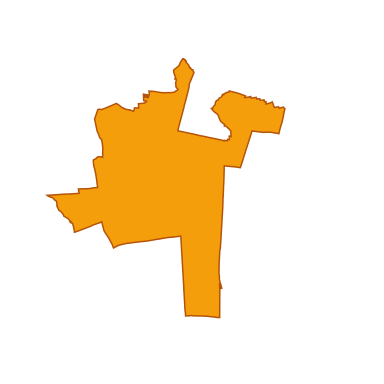 outline of Nopaltepec, México, Mexico, rotated 327°
{"feature_id": "50627088B29090320991668", "entity_name": "Nopaltepec", "entity_type": "district", "adm_level": 2, "iso_a3": "MEX", "parent_name": "Mexico", "parent_adm1": "México", "projection": "orthographic", "projection_center": [-98.709, 19.801], "detail": "fine", "context": "isolated", "style": "filled", "palette": "amber", "viewbox_px": 384, "rotation_deg": 327, "n_neighbors": 0, "source": "geoboundaries", "source_scale": "gbopen_adm2", "svg_char_len": 5881}
<svg xmlns="http://www.w3.org/2000/svg" viewBox="0 0 384 384"><g transform="rotate(327 192 192)"><path d="M279.3,128.6L278.3,127.5L277.6,128.3L277.3,128.2L276.9,128.0L276.4,127.9L275.8,127.5L275.4,127.6L275.0,127.5L274.5,127.4L274.1,127.2L273.3,127.2L272.7,127.1L272.2,127.2L271.9,127.5L271.6,127.8L271.4,127.8L271.2,127.6L271.2,127.4L271.1,127.0L270.9,127.0L270.5,126.9L270.0,127.2L269.7,127.4L269.4,127.8L269.1,128.0L268.7,128.2L268.1,128.3L267.7,128.3L267.1,128.2L266.6,128.1L266.0,128.1L265.6,128.2L264.9,128.7L264.3,128.9L263.8,129.0L263.2,128.9L262.7,128.7L262.3,128.7L261.7,128.9L261.4,129.1L261.0,129.4L260.6,129.6L259.9,130.2L259.3,130.9L259.0,131.1L258.5,131.5L257.4,131.8L256.8,131.9L256.3,132.0L256.0,132.3L255.7,132.6L255.4,132.8L255.0,132.9L254.6,132.9L254.2,132.5L253.7,132.5L253.8,133.1L254.0,135.1L254.5,137.5L255.2,139.1L255.7,140.7L255.6,142.1L255.5,143.0L255.1,144.6L254.9,145.8L254.6,147.5L254.6,148.6L255.0,150.1L255.9,152.6L256.1,152.8L255.1,154.3L256.1,154.6L256.7,156.6L257.5,160.0L257.8,161.8L256.8,163.6L255.1,166.5L255.0,166.8L253.7,165.4L251.8,168.4L250.5,167.2L249.5,168.3L247.5,166.6L247.4,166.4L246.9,166.7L246.3,166.3L246.2,165.6L245.6,165.1L239.1,158.6L234.5,154.1L232.1,151.6L228.9,148.6L227.2,146.7L226.0,145.5L224.7,144.2L223.5,142.9L222.2,141.7L213.5,133.0L213.9,132.4L219.7,127.1L227.5,120.1L230.6,117.3L232.6,115.3L236.9,111.5L238.0,110.5L241.2,107.5L241.5,107.3L246.4,102.7L247.4,101.4L248.3,100.3L249.1,99.6L249.5,99.3L256.6,94.4L258.9,92.7L258.8,92.3L258.7,91.7L259.3,89.9L258.2,89.0L258.4,86.9L257.9,86.6L257.7,86.5L257.9,85.9L258.1,84.6L258.3,83.6L258.2,82.8L258.0,81.8L257.7,79.7L258.5,79.1L258.0,78.4L257.8,78.1L257.7,77.9L258.3,77.3L257.9,76.7L257.4,75.6L256.9,75.8L256.8,75.3L255.9,75.6L253.9,76.4L252.3,77.3L251.8,77.6L251.2,78.3L249.2,79.1L243.1,79.7L242.9,79.9L241.8,82.0L241.4,83.3L241.1,84.9L240.8,86.3L240.8,86.5L239.2,87.9L240.2,88.6L239.6,89.7L239.1,90.3L238.0,91.3L237.4,92.0L236.8,93.4L235.8,95.0L235.8,96.3L236.2,98.3L235.1,98.6L234.2,98.5L231.9,98.6L231.0,98.4L229.7,97.8L228.5,97.2L226.0,95.6L222.5,93.4L220.7,92.2L218.8,90.5L217.1,89.0L216.2,88.1L213.0,85.4L212.7,85.6L210.9,83.9L209.5,86.7L208.7,87.3L204.6,83.5L203.8,84.7L207.7,88.3L206.6,89.0L206.5,88.9L203.2,85.8L201.4,88.8L201.3,89.2L203.3,91.1L201.6,91.5L200.6,91.6L195.1,88.8L193.1,92.5L189.6,90.1L188.3,91.4L187.3,92.2L186.9,92.5L186.2,91.6L185.7,90.7L184.6,89.3L184.4,89.5L183.0,87.9L181.2,86.2L180.1,83.9L179.3,83.4L178.4,80.1L176.8,76.5L176.7,76.5L174.7,76.2L163.6,74.2L162.0,73.8L160.7,73.5L160.3,72.8L159.1,72.0L157.9,71.6L150.1,77.7L147.9,83.3L146.0,88.2L145.5,89.8L145.3,90.9L145.0,93.3L144.3,95.5L144.3,95.9L144.2,97.1L144.4,97.6L144.8,98.8L143.3,102.2L142.7,103.4L141.4,106.1L140.6,107.3L135.9,114.3L135.3,113.5L134.9,113.0L134.2,112.4L132.7,111.4L132.1,111.2L130.8,111.3L129.2,111.8L128.2,111.5L127.0,111.4L126.5,111.7L125.6,113.0L124.8,114.7L123.9,116.5L123.3,118.4L122.6,120.5L120.9,124.9L119.8,127.3L119.1,128.9L118.5,130.1L115.3,136.8L112.0,135.0L107.3,133.0L98.4,127.6L96.6,131.6L94.2,130.3L89.9,127.9L87.4,126.5L86.0,125.7L84.7,124.8L81.1,122.8L76.6,120.3L75.1,119.5L73.7,118.6L73.3,118.5L71.8,117.6L68.7,115.9L68.9,116.4L69.1,116.6L69.2,117.3L69.9,118.0L70.5,119.4L71.3,120.0L72.0,121.0L72.3,122.4L72.3,123.5L73.1,125.0L73.1,126.5L72.1,128.5L71.7,129.5L71.3,130.5L71.0,130.4L70.9,131.4L70.4,134.8L71.2,136.7L71.3,136.9L71.8,140.5L71.4,142.3L71.4,142.5L72.5,144.6L73.7,147.4L73.8,149.2L74.0,150.0L73.4,150.4L74.4,151.4L73.8,151.9L74.8,153.4L74.3,154.7L73.8,156.3L73.2,157.8L73.0,158.6L71.5,161.8L72.1,162.0L73.2,162.1L74.2,162.4L74.8,162.6L88.2,165.5L91.8,165.9L91.9,166.0L95.5,166.9L97.2,167.4L100.1,167.9L99.5,169.3L97.1,176.7L97.0,179.4L97.1,181.5L97.1,183.2L97.0,183.3L97.1,183.7L97.0,185.8L96.6,191.6L96.3,193.4L95.7,196.2L99.9,196.6L100.1,196.3L100.3,196.4L108.0,199.0L118.5,204.0L127.3,208.5L144.9,216.1L149.5,218.3L150.2,218.9L158.6,222.9L150.9,236.3L148.7,240.3L146.7,243.7L133.3,267.3L131.9,269.6L126.9,278.4L122.0,286.9L121.6,287.7L121.3,288.5L119.1,292.5L121.8,293.9L121.8,294.1L122.6,294.6L123.5,294.9L124.2,295.2L124.8,295.8L125.5,296.5L135.1,303.0L136.7,304.2L138.4,305.5L139.1,306.2L140.7,307.5L142.0,308.6L144.2,310.4L144.9,311.0L146.8,312.4L147.1,311.9L162.5,288.5L162.9,287.7L164.6,284.7L164.8,285.8L163.8,288.7L164.6,288.9L167.2,280.6L169.7,276.5L170.1,275.2L172.0,272.4L175.9,266.6L183.7,255.9L184.7,255.1L184.8,255.0L187.1,252.0L187.6,251.2L188.1,250.6L188.9,249.6L190.9,246.8L191.3,246.3L192.8,244.3L193.4,243.5L194.1,242.5L194.8,241.5L196.1,239.8L196.5,239.2L197.4,238.0L198.4,236.7L199.5,235.1L200.2,234.2L200.8,233.4L201.9,231.9L203.2,230.0L204.2,228.7L205.0,227.6L205.9,226.5L207.1,224.8L208.8,222.5L209.1,222.0L209.8,221.2L210.6,219.9L211.4,218.8L211.9,218.0L212.3,217.5L213.3,216.1L214.3,214.5L215.4,213.1L216.6,211.6L217.4,210.3L218.3,209.1L219.4,207.5L220.3,206.3L220.9,205.3L221.9,204.0L222.8,202.8L224.7,200.1L228.6,194.5L229.3,193.4L231.3,190.6L232.3,189.0L233.3,187.7L242.8,195.2L243.8,196.2L245.8,197.9L246.0,197.7L247.3,196.7L250.3,194.3L250.8,193.9L256.8,188.9L257.0,188.8L259.3,186.8L262.2,184.5L265.2,182.0L266.7,180.8L267.9,179.8L269.5,178.5L271.4,177.0L275.3,173.7L275.5,173.5L278.6,176.1L285.0,181.4L286.0,181.7L287.5,182.7L288.7,183.5L290.5,184.8L291.5,185.6L293.1,187.2L295.0,188.9L296.6,190.4L300.5,186.7L305.4,182.6L309.0,179.1L313.5,174.4L315.3,172.7L315.0,172.4L315.0,170.6L311.2,169.4L310.7,169.3L311.0,167.7L307.2,166.0L307.1,165.7L308.4,160.2L306.5,160.0L305.7,159.8L305.2,159.6L303.5,159.1L302.0,158.6L303.3,156.5L301.9,155.7L302.6,154.0L299.5,152.5L299.2,152.4L299.6,150.7L298.3,149.9L296.8,149.2L297.4,147.6L294.4,146.3L292.7,145.5L293.3,143.9L291.9,143.5L289.5,142.4L287.7,141.5L289.2,140.5L288.1,139.0L287.0,137.7L286.0,136.2L285.2,135.2L284.0,133.8L282.3,131.9L281.6,131.3L281.4,130.8L280.9,130.4L280.1,129.6L279.3,128.6Z" fill="#f59e0b" stroke="#b45309" stroke-width="1.5"/></g></svg>